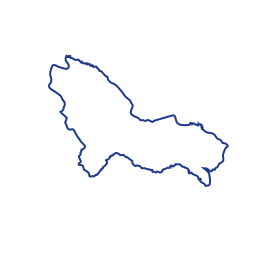 map outline of Malanje (Equal Earth projection), rotated 317°
{"feature_id": "AGO-1876", "entity_name": "Malanje", "entity_type": "Province", "adm_level": 1, "iso_a3": "AGO", "parent_name": "Angola", "parent_adm1": "", "projection": "equal_earth", "projection_center": [17.064, -9.524], "detail": "fine", "context": "isolated", "style": "outline", "palette": "blue", "viewbox_px": 256, "rotation_deg": 317, "n_neighbors": 0, "source": "natural_earth", "source_scale": "10m", "svg_char_len": 5884}
<svg xmlns="http://www.w3.org/2000/svg" viewBox="0 0 256 256"><g transform="rotate(317 128 128)"><path d="M132.2,33.4L132.2,34.4L132.4,35.0L132.8,35.4L133.1,34.8L133.3,34.7L133.7,35.1L134.4,35.4L134.7,35.6L134.9,35.9L134.7,36.2L133.9,36.6L133.7,37.1L133.8,37.5L134.6,38.5L135.1,39.5L135.6,41.6L136.1,42.5L137.7,43.6L138.4,44.3L138.2,45.1L138.4,45.8L138.4,46.9L138.4,47.6L138.9,47.3L139.1,47.7L138.9,47.9L139.5,48.2L139.5,48.6L139.1,49.4L139.3,50.0L139.9,50.7L140.2,51.3L141.0,51.5L141.3,51.7L141.3,52.6L141.5,53.0L142.1,53.0L142.1,53.4L141.8,53.7L142.8,54.0L142.9,54.5L142.8,55.0L142.9,55.4L143.4,55.2L143.8,55.7L143.7,56.1L143.4,56.5L143.2,57.1L143.3,57.4L144.3,58.2L144.2,58.6L144.3,59.1L144.8,58.5L145.1,59.9L145.2,60.3L145.6,60.7L146.3,61.2L146.6,61.5L146.7,62.3L146.3,63.5L146.6,64.2L146.5,65.7L146.2,66.2L146.1,66.7L146.3,67.2L147.1,68.0L147.0,73.6L147.2,74.7L147.5,75.8L147.9,76.3L147.4,77.0L146.7,78.4L146.4,79.4L146.3,80.6L146.3,81.8L146.6,83.4L148.2,87.3L148.5,89.8L148.3,97.5L147.6,102.1L147.6,103.0L147.6,104.2L148.2,108.4L148.1,109.9L147.4,112.2L147.0,114.3L146.5,115.1L146.0,115.5L142.1,117.3L141.3,117.9L140.5,118.6L140.0,119.5L139.9,120.6L140.0,121.8L141.1,125.0L142.2,127.3L142.4,128.6L142.5,130.5L142.9,131.3L144.1,132.3L144.6,133.0L144.9,133.8L145.3,134.4L145.6,134.7L147.6,135.5L148.3,136.0L149.1,137.8L149.3,138.8L149.5,139.6L150.1,140.3L151.4,140.6L152.3,140.6L169.4,149.3L169.8,149.6L170.1,150.3L170.2,151.2L169.9,152.3L169.0,154.1L168.5,154.8L168.2,155.6L167.6,157.5L167.5,158.5L167.7,159.6L168.2,160.7L168.9,161.8L170.6,163.8L173.9,166.8L174.7,167.2L175.5,167.5L177.1,166.9L177.9,167.9L177.5,168.9L178.0,168.8L178.6,169.2L179.0,169.2L179.2,169.8L179.6,170.5L179.8,171.9L180.4,172.6L180.6,173.1L180.8,172.8L181.1,173.2L181.4,173.6L182.2,174.0L182.6,173.4L182.6,174.0L182.8,174.5L183.1,174.8L183.5,174.9L183.1,175.5L183.7,176.1L183.4,176.3L183.2,176.6L183.1,176.9L183.3,177.4L182.6,177.6L183.0,178.2L183.0,178.5L182.4,178.9L182.2,178.9L181.8,178.5L181.6,178.8L181.5,179.2L181.8,179.5L181.9,179.8L182.0,182.2L182.2,183.3L182.6,184.6L183.0,185.6L183.6,186.4L185.4,188.6L185.9,189.4L186.3,190.4L186.6,191.5L186.6,192.7L186.2,194.8L186.1,196.0L186.3,197.2L187.3,199.4L187.5,200.6L187.3,201.8L187.0,202.6L187.0,203.5L187.7,204.5L188.5,205.4L188.7,206.0L188.9,206.7L189.0,208.5L188.7,209.2L188.1,209.5L186.7,209.2L185.9,209.2L184.3,209.7L180.8,211.4L179.1,212.5L178.5,213.2L176.2,216.1L175.6,216.7L174.9,217.0L174.1,217.0L172.5,216.9L170.8,216.4L170.0,216.5L166.9,217.5L166.4,217.5L164.7,217.0L164.1,217.2L163.5,217.5L162.9,217.7L162.5,217.3L162.2,216.5L161.8,216.1L161.3,216.1L160.3,216.5L159.0,216.3L158.6,215.9L158.4,215.4L158.4,215.0L158.5,213.4L158.1,212.3L157.8,211.1L157.5,210.7L157.0,210.3L156.0,209.2L156.5,212.1L156.5,215.2L156.2,216.6L155.6,217.7L152.5,222.0L151.7,222.7L150.2,224.4L149.7,224.7L148.2,225.1L145.3,223.3L145.6,222.2L145.7,221.0L145.6,220.5L144.7,218.0L144.6,216.9L144.9,215.9L146.1,215.3L146.3,215.0L146.2,214.3L145.8,214.2L144.9,214.7L145.0,214.1L144.9,213.1L145.0,212.7L145.7,212.1L145.8,211.9L145.8,210.9L145.9,210.6L145.8,209.9L143.9,205.9L144.0,204.5L143.8,203.7L143.5,203.5L142.7,203.6L142.0,203.1L141.8,202.4L142.1,201.6L142.9,200.9L143.1,201.2L143.6,200.7L143.8,200.1L143.8,198.6L143.6,197.7L142.9,196.3L142.5,194.8L141.7,193.7L141.3,193.0L141.2,192.3L141.3,190.7L141.1,190.0L140.5,189.3L138.8,187.9L138.4,187.1L138.2,186.9L136.4,187.3L135.0,186.5L134.6,186.7L134.2,185.1L133.9,184.8L133.3,185.2L132.7,184.9L132.4,185.4L132.0,185.9L131.1,185.3L130.0,184.2L126.5,182.9L125.3,182.2L124.0,182.9L123.4,182.7L122.7,183.1L122.0,183.0L121.3,182.6L120.9,182.2L120.0,180.2L119.6,179.8L119.3,179.6L118.4,179.6L118.0,179.5L117.7,179.0L117.1,177.6L116.6,177.3L116.3,177.1L116.2,176.4L116.3,176.1L117.1,175.2L115.8,173.9L115.4,172.8L114.6,172.0L112.4,168.3L111.6,167.7L110.7,166.9L110.6,166.3L110.8,164.8L110.8,164.3L109.4,161.9L108.8,161.4L107.8,161.2L107.5,160.8L107.2,160.1L107.1,159.4L107.0,157.5L107.2,156.6L107.7,156.1L108.2,155.7L108.6,155.3L107.4,148.7L106.9,148.3L106.6,147.5L106.3,144.7L106.2,144.4L105.9,144.1L104.9,143.8L103.8,142.2L103.6,141.5L103.6,140.6L103.3,139.8L102.7,138.6L102.2,138.1L101.5,137.8L100.2,137.7L99.4,137.6L98.9,137.3L98.4,137.3L98.0,137.7L97.4,137.0L97.1,136.8L96.7,136.8L95.7,137.1L95.1,136.5L94.2,137.2L93.5,137.5L92.9,137.5L91.2,137.1L90.5,136.6L90.3,136.5L89.9,136.6L89.8,136.9L89.7,137.7L89.2,138.9L88.8,139.4L88.3,139.6L85.2,139.9L84.6,139.9L83.9,139.6L83.5,139.5L82.5,140.2L81.9,140.1L81.3,139.9L80.5,139.9L80.4,140.0L80.1,140.5L79.8,140.5L79.1,140.2L76.5,140.6L75.4,141.1L73.9,140.8L73.4,141.1L73.0,140.7L72.3,140.3L71.6,140.2L71.3,140.3L71.2,140.2L70.1,140.2L69.9,140.0L69.3,139.0L68.2,138.6L67.7,137.9L67.1,137.6L67.0,137.0L67.8,135.7L68.3,134.9L68.5,133.7L68.4,132.2L68.2,131.0L67.5,129.0L67.4,128.3L69.1,125.3L68.7,123.5L67.0,121.5L67.4,120.7L67.8,120.6L68.3,120.5L69.7,120.7L71.0,120.0L71.5,118.4L71.9,116.6L72.7,115.3L73.4,115.1L74.9,115.1L75.5,114.8L76.6,113.5L77.8,113.3L79.0,112.2L79.4,112.1L79.7,112.3L80.3,112.8L80.7,112.9L82.0,112.9L83.3,112.6L84.0,112.2L84.3,111.7L84.4,108.8L84.3,106.2L84.4,105.4L84.7,103.8L85.2,99.8L86.1,95.7L86.8,93.7L87.0,92.7L86.9,91.8L86.5,90.9L85.0,90.1L84.3,89.4L83.8,88.3L83.6,87.4L84.0,86.0L85.2,83.5L85.4,82.6L85.5,82.0L85.6,81.4L86.2,80.9L89.5,79.4L90.1,78.7L90.1,77.8L90.0,77.0L89.9,74.6L89.5,72.3L89.6,70.2L91.6,70.6L92.5,70.6L93.5,70.3L94.6,69.3L97.2,68.2L97.7,67.8L99.1,65.9L99.7,62.0L100.5,59.6L100.6,58.7L100.5,57.6L100.2,55.4L98.2,46.9L98.0,45.8L98.2,44.7L98.6,43.7L99.7,42.8L100.7,42.4L102.4,42.2L103.3,41.8L105.4,39.8L107.5,35.8L109.7,33.8L114.8,31.0L115.5,30.9L116.0,31.0L116.7,31.3L117.3,32.0L117.8,33.0L118.5,35.1L121.8,41.0L122.4,41.9L123.2,42.6L123.9,43.0L124.6,43.2L125.4,43.2L126.1,43.0L126.8,42.5L127.5,41.5L127.9,40.2L128.1,39.2L128.3,36.8L128.7,35.9L129.1,35.4L130.3,34.2L132.2,33.4Z" fill="none" stroke="#1e3a8a" stroke-width="2"/></g></svg>